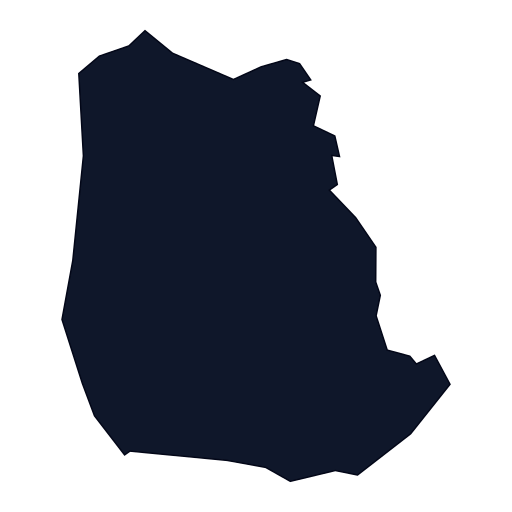 Roane, West Virginia, United States of America
{"feature_id": "52423323B60388203244476", "entity_name": "Roane", "entity_type": "district", "adm_level": 2, "iso_a3": "USA", "parent_name": "United States of America", "parent_adm1": "West Virginia", "projection": "albers", "projection_center": [-81.306, 38.732], "detail": "fine", "context": "isolated", "style": "filled", "palette": "ink", "viewbox_px": 512, "rotation_deg": 0, "n_neighbors": 0, "source": "geoboundaries", "source_scale": "gbopen_adm2", "svg_char_len": 627}
<svg xmlns="http://www.w3.org/2000/svg" viewBox="0 0 512 512"><path d="M99.4,56.1L78.8,73.5L83.4,155.9L72.8,260.5L62.0,319.5L82.4,383.5L94.5,415.8L112.9,439.7L124.6,454.9L129.9,451.1L227.2,460.4L265.7,467.4L290.3,481.3L335.3,470.5L357.5,475.0L410.6,433.8L450.0,384.3L434.5,355.4L416.3,364.0L409.8,356.2L387.2,350.1L376.1,315.8L380.3,295.3L375.7,282.0L375.9,247.3L355.7,217.7L329.3,190.1L337.3,184.5L331.7,155.4L339.5,156.5L334.8,136.0L313.4,125.8L320.2,96.0L302.5,82.3L310.7,79.9L299.6,63.7L286.6,59.5L261.2,66.8L233.4,79.5L172.5,53.2L145.0,30.7L128.9,45.9L99.4,56.1Z" fill="#0f172a" stroke="#020617" stroke-width="1.5"/></svg>